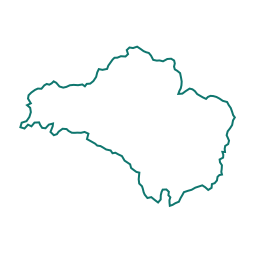 the district of Piacatu, São Paulo, Brazil, rotated 356°
{"feature_id": "56859067B18730423511926", "entity_name": "Piacatu", "entity_type": "district", "adm_level": 2, "iso_a3": "BRA", "parent_name": "Brazil", "parent_adm1": "São Paulo", "projection": "orthographic", "projection_center": [-50.65, -21.576], "detail": "fine", "context": "isolated", "style": "outline", "palette": "teal", "viewbox_px": 256, "rotation_deg": 356, "n_neighbors": 0, "source": "geoboundaries", "source_scale": "gbopen_adm2", "svg_char_len": 2374}
<svg xmlns="http://www.w3.org/2000/svg" viewBox="0 0 256 256"><g transform="rotate(356 128 128)"><path d="M223.1,158.7L223.0,155.5L223.7,152.7L226.8,151.0L227.9,147.7L226.9,144.8L225.9,142.1L227.2,138.3L229.8,135.4L232.1,132.3L233.3,127.7L235.3,124.9L233.8,122.5L233.0,119.1L231.9,115.2L230.1,112.2L228.7,109.0L224.4,107.5L221.4,105.1L218.4,103.2L215.3,102.1L212.5,101.7L209.9,102.6L207.9,104.4L205.0,102.8L199.4,99.0L197.3,95.9L195.0,93.9L192.2,93.0L188.0,95.3L184.6,97.5L180.6,97.5L181.9,94.5L183.4,92.1L184.3,89.1L184.8,85.4L184.5,82.3L183.8,76.9L181.0,74.3L178.8,72.8L178.2,70.0L179.2,66.8L178.7,63.9L175.9,61.9L172.0,61.9L167.6,63.9L164.2,62.8L161.4,62.8L157.9,61.8L156.0,57.4L154.0,54.6L151.4,53.7L148.9,52.4L146.4,50.3L142.8,47.5L138.6,48.6L135.1,47.8L132.2,50.2L133.2,54.3L130.5,56.5L125.9,55.9L122.3,57.1L119.4,57.0L117.4,58.7L115.1,61.5L112.7,64.4L111.3,67.6L106.6,68.2L103.0,67.2L101.2,70.4L99.8,74.8L96.7,78.8L93.4,81.1L89.9,81.1L87.9,83.4L85.5,81.4L81.2,81.8L76.8,81.2L73.0,81.3L69.4,82.7L66.2,83.2L62.5,81.8L59.6,77.9L57.1,76.3L55.0,78.1L52.5,79.3L50.0,78.4L47.5,79.6L44.4,82.8L40.8,82.4L37.9,83.5L34.0,85.9L31.1,88.4L30.3,91.7L32.8,96.6L28.9,98.2L31.8,101.0L32.2,105.4L30.4,110.1L27.2,114.1L22.3,115.3L20.7,119.7L24.7,121.3L28.5,117.7L31.8,119.6L35.1,116.1L39.7,116.2L40.6,118.8L42.4,121.9L45.7,122.5L49.3,119.1L53.5,118.3L53.0,121.0L50.4,126.5L53.5,130.0L56.6,129.2L58.6,126.8L62.7,124.2L66.7,124.8L68.5,126.8L71.6,128.8L74.4,129.1L77.0,129.1L80.8,129.5L84.4,128.9L88.1,130.9L86.3,136.2L89.4,138.2L94.1,141.3L96.1,143.4L99.3,144.1L101.7,145.7L104.7,147.9L109.1,149.2L110.8,152.1L113.7,151.8L116.6,153.7L120.0,155.6L122.3,160.3L127.6,164.4L128.3,168.1L130.7,170.2L133.3,172.4L136.2,173.3L135.7,176.2L135.1,179.9L135.3,184.2L137.9,187.1L138.6,189.9L139.1,193.0L140.0,195.6L142.5,199.2L146.4,198.6L149.7,201.7L152.8,204.4L155.6,201.6L156.0,197.4L157.0,194.2L158.3,191.9L162.0,192.0L164.3,194.5L163.6,197.9L165.4,200.1L164.3,202.8L164.2,205.5L164.3,208.5L167.1,207.8L170.0,206.3L173.6,205.1L175.6,201.5L177.4,198.9L179.3,195.9L183.6,194.8L187.1,194.1L191.0,192.2L194.6,191.3L198.1,190.4L200.9,192.5L203.7,195.4L207.2,193.5L207.8,189.8L210.6,189.1L213.1,186.5L213.9,183.0L215.9,181.3L218.5,181.0L218.0,178.3L218.6,175.5L219.1,171.7L217.4,168.7L217.2,165.8L220.8,164.2L221.2,161.4L220.5,158.4L223.1,158.7Z" fill="none" stroke="#0f766e" stroke-width="2"/></g></svg>